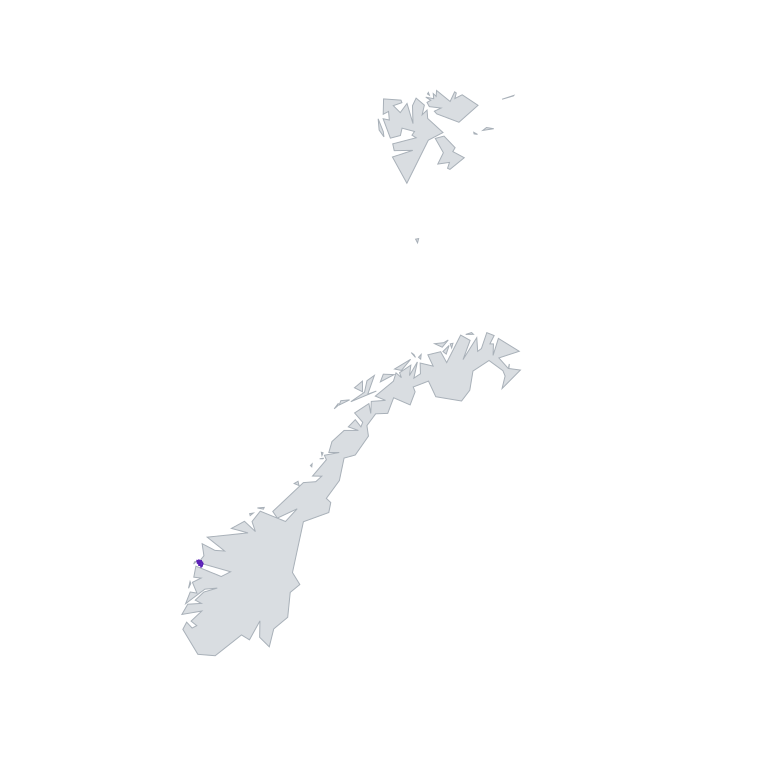 location of Hyllestad nor, Sogn og Fjordane, Norway, rotated 18°
{"feature_id": "86288312B29957343323174", "entity_name": "Hyllestad nor", "entity_type": "district", "adm_level": 2, "iso_a3": "NOR", "parent_name": "Norway", "parent_adm1": "Sogn og Fjordane", "projection": "albers", "projection_center": [5.193, 61.176], "detail": "fine", "context": "in_parent", "style": "filled", "palette": "violet", "viewbox_px": 768, "rotation_deg": 18, "n_neighbors": 0, "source": "geoboundaries", "source_scale": "gbopen_adm2", "svg_char_len": 6279}
<svg xmlns="http://www.w3.org/2000/svg" viewBox="0 0 768 768"><g transform="rotate(18 384 384)"><path d="M425.4,367.5L412.7,377.8L416.0,381.8L415.3,395.8L397.4,394.1L396.6,410.8L385.3,414.9L380.6,428.8L385.3,438.4L378.6,460.4L368.9,466.8L371.4,489.6L364.5,510.6L370.0,513.2L371.2,523.3L349.9,539.9L355.2,591.6L365.9,600.7L359.2,611.2L364.5,635.6L354.8,651.0L356.1,669.4L344.0,663.3L339.2,647.6L335.1,668.9L326.0,666.7L307.4,694.6L290.5,698.6L268.5,679.5L269.9,671.5L276.9,675.4L280.6,671.7L273.8,669.1L280.9,656.2L263.0,665.6L265.4,654.1L278.1,649.1L271.3,647.9L276.9,637.6L288.5,629.6L277.0,634.5L263.2,654.2L264.0,641.7L270.7,640.7L263.1,631.8L270.0,625.1L262.8,626.5L261.4,615.4L288.7,617.4L296.1,610.0L262.7,611.2L265.8,603.0L260.4,592.1L274.6,594.5L284.0,592.1L263.2,584.3L300.7,567.6L283.5,568.5L293.7,557.7L307.3,564.1L301.0,555.6L305.6,543.2L332.8,545.2L340.0,529.5L324.0,544.5L317.6,539.6L337.8,502.7L349.3,498.0L353.3,490.9L344.5,493.6L352.6,473.8L349.3,470.2L362.6,463.0L352.7,466.2L352.3,454.8L360.4,440.5L374.0,436.1L363.3,435.8L367.7,426.8L375.3,431.9L375.6,427.0L365.0,420.6L375.7,407.3L380.5,416.1L377.3,404.5L390.5,399.1L379.5,398.2L392.1,378.4L392.0,369.7L398.6,372.6L395.3,368.4L403.7,357.8L405.6,368.1L408.9,352.7L410.6,369.2L415.5,363.0L411.9,352.9L425.2,351.8L416.7,342.7L427.9,335.8L437.0,344.3L441.8,313.8L452.4,315.9L451.6,336.4L457.9,311.3L463.0,324.0L465.7,320.2L465.9,303.4L473.8,303.9L472.3,313.1L475.7,312.1L478.9,323.1L478.7,305.3L502.5,311.1L485.2,323.7L497.3,330.8L509.4,328.6L497.7,351.8L496.7,339.0L493.0,334.6L476.6,329.2L464.6,344.2L467.5,363.4L463.0,376.2L437.2,380.1L425.4,367.5ZM326.2,102.2L336.2,106.3L337.1,116.2L340.3,110.2L343.5,118.0L362.4,126.6L350.8,138.4L343.7,186.0L321.9,165.5L339.2,152.9L321.6,158.9L318.1,152.9L338.5,139.9L333.7,138.7L335.0,134.4L322.1,135.1L322.8,142.6L314.1,148.2L301.2,132.0L307.5,131.3L304.1,123.4L299.9,127.7L295.5,113.0L312.4,108.8L314.1,110.9L306.8,116.4L315.6,120.9L319.2,110.1L331.1,127.4L325.1,110.5L326.2,102.2ZM343.3,88.6L359.6,94.9L360.9,84.3L362.8,84.9L363.2,90.6L369.0,84.8L387.3,89.9L374.4,111.9L350.7,110.8L347.6,109.0L353.0,103.9L341.4,106.2L337.9,102.9L340.8,99.7L335.1,98.3L343.1,97.3L341.1,92.6L344.7,94.3L343.3,88.6ZM364.5,129.7L378.6,137.3L377.6,141.7L390.4,144.0L380.4,159.5L377.8,159.2L377.8,153.0L367.2,158.2L369.0,145.7L356.9,134.6L364.5,129.7ZM371.7,398.7L378.9,393.1L357.9,411.1L368.0,397.8L366.8,386.1L372.2,378.8L371.7,398.7ZM380.3,374.9L390.6,372.0L379.9,383.1L380.3,374.9ZM389.4,366.5L401.7,352.3L396.4,365.7L389.4,366.5ZM296.5,133.6L305.3,144.2L307.6,149.0L300.9,144.0L296.5,133.6ZM362.6,387.9L366.0,398.0L357.1,396.7L362.6,387.9ZM431.5,322.3L428.0,331.0L419.7,330.0L428.0,326.3L431.5,322.3ZM434.0,327.2L433.9,336.3L430.0,334.9L434.0,327.2ZM348.1,413.2L356.2,409.7L347.9,417.8L348.1,413.2ZM418.1,70.0L408.3,76.7L418.3,69.4L418.1,70.0ZM402.2,108.4L409.5,107.3L399.6,112.3L402.2,108.4ZM446.4,311.6L451.4,308.0L453.7,309.1L446.4,311.6ZM437.0,324.0L437.2,328.8L434.6,325.4L437.0,324.0ZM410.2,344.4L411.2,349.0L408.6,347.9L410.2,344.4ZM372.0,235.0L372.3,239.4L369.3,236.5L372.0,235.0ZM395.8,117.7L392.4,118.3L391.6,116.9L395.8,117.7ZM332.3,503.1L334.5,506.8L329.3,506.4L332.3,503.1ZM400.2,345.7L403.4,346.8L405.7,349.0L400.2,345.7ZM336.1,93.0L337.9,95.3L335.7,94.7L336.1,93.0ZM308.0,540.3L301.9,541.0L308.2,538.4L308.0,540.3ZM299.6,547.1L297.4,550.5L296.3,548.8L299.6,547.1ZM346.7,419.0L344.3,423.0L346.6,416.4L346.7,419.0ZM261.9,633.4L261.2,638.7L260.6,631.8L261.9,633.4ZM347.1,471.2L345.5,468.3L347.3,468.3L347.1,471.2ZM497.0,326.2L497.8,329.9L497.3,329.4L497.0,326.2ZM349.0,474.0L345.9,475.0L349.6,473.2L349.0,474.0ZM340.3,482.1L340.9,485.1L339.2,484.3L340.3,482.1ZM260.2,610.9L258.6,614.1L258.9,611.5L260.2,610.9Z" fill="#d9dde1" stroke="#a8b0b8" stroke-width="1"/><path d="M261.4,609.6L261.5,609.7L261.4,609.7L261.5,609.7L262.1,609.8L262.1,609.7L262.3,609.8L262.4,609.7L262.5,609.7L262.4,609.7L262.5,609.7L262.5,609.4L262.7,609.5L262.5,609.8L262.5,610.0L262.5,609.8L262.2,609.8L261.8,609.8L261.6,609.8L261.6,610.0L261.4,610.0L261.5,610.1L261.4,610.1L261.4,610.3L261.5,610.3L262.0,610.3L262.4,610.3L262.6,610.3L262.6,610.2L262.8,610.3L263.2,610.2L263.5,610.2L263.8,610.2L263.8,610.3L264.0,610.3L264.2,610.5L264.5,610.6L264.8,610.7L264.8,610.8L265.0,610.9L265.2,611.0L265.4,611.2L265.4,611.3L265.5,611.3L265.3,611.4L265.2,611.3L265.1,611.2L264.8,611.0L264.6,611.0L264.7,611.3L264.9,611.4L265.0,611.5L265.1,611.4L265.1,611.5L265.3,611.6L265.2,611.6L264.9,611.7L264.7,611.7L264.4,611.5L264.4,611.4L264.2,611.2L263.9,611.1L263.7,610.9L263.2,610.7L262.9,610.7L262.6,610.8L262.5,611.0L262.4,611.0L262.5,611.2L262.5,611.3L262.4,611.3L262.3,611.5L262.2,611.5L262.3,611.5L262.2,611.7L262.3,611.7L262.4,611.8L262.7,611.8L262.8,611.9L262.9,612.0L263.1,612.0L263.6,612.4L263.8,612.3L263.7,612.2L263.8,612.0L264.0,611.9L264.3,612.0L264.1,612.0L264.4,612.2L264.5,612.2L264.7,612.3L264.8,612.4L265.1,612.6L265.0,612.8L265.0,612.7L265.0,612.8L264.9,612.8L264.7,612.7L264.4,612.4L264.1,612.4L264.1,612.5L264.1,612.4L264.1,612.5L264.0,612.4L263.9,612.4L263.9,612.5L264.0,612.6L263.9,612.6L264.0,612.7L264.0,612.8L264.1,612.7L264.2,612.8L264.4,612.9L264.3,613.0L264.2,613.3L264.3,613.4L264.3,613.5L264.5,613.5L264.8,613.4L264.6,613.5L264.7,613.4L264.8,613.3L264.9,613.2L265.0,613.1L265.0,613.3L265.4,613.2L265.6,613.1L265.7,612.9L265.8,612.8L265.8,612.7L265.9,612.8L266.0,612.9L265.9,613.0L265.9,613.3L265.9,613.6L266.0,613.7L266.1,613.8L266.3,613.9L266.4,614.0L266.5,614.2L266.5,614.3L266.6,614.5L266.7,614.4L266.8,614.3L266.9,614.2L267.0,613.5L267.1,613.4L267.3,613.3L267.3,613.1L267.2,612.9L267.1,612.6L267.1,612.4L267.1,612.2L267.2,611.9L267.2,611.5L267.3,611.4L267.2,611.2L267.2,610.7L266.8,610.6L266.7,610.5L266.7,610.3L266.6,610.1L266.4,610.0L266.3,609.9L266.3,609.6L266.0,609.6L265.9,609.7L265.9,609.8L265.7,609.9L265.4,609.8L265.2,609.5L264.7,609.2L264.8,609.0L264.9,608.9L264.8,608.6L264.6,608.7L264.4,608.7L264.3,608.8L264.2,608.8L263.8,609.0L263.5,609.2L263.4,609.2L263.2,608.9L262.7,608.7L262.4,608.7L262.4,609.3L262.0,609.5L261.4,609.6ZM261.9,610.9L261.5,610.9L261.6,611.0L261.6,611.3L261.7,611.5L261.8,611.5L262.0,611.6L262.1,611.4L262.1,611.2L261.9,610.9ZM263.7,612.4L263.5,612.5L263.8,612.6L263.9,612.4L263.7,612.4Z" fill="#8b5cf6" stroke="#5b21b6" stroke-width="1.5"/></g></svg>